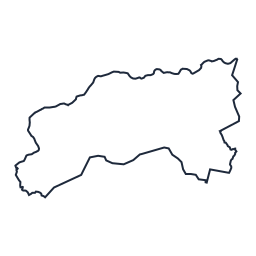 Bla, Ségou, Mali
{"feature_id": "8926073B53903332689390", "entity_name": "Bla", "entity_type": "district", "adm_level": 2, "iso_a3": "MLI", "parent_name": "Mali", "parent_adm1": "Ségou", "projection": "mercator", "projection_center": [-5.818, 12.918], "detail": "fine", "context": "isolated", "style": "outline", "palette": "slate", "viewbox_px": 256, "rotation_deg": 0, "n_neighbors": 0, "source": "geoboundaries", "source_scale": "gbopen_adm2", "svg_char_len": 3874}
<svg xmlns="http://www.w3.org/2000/svg" viewBox="0 0 256 256"><path d="M45.1,197.3L54.0,187.5L81.2,174.9L83.0,171.2L89.9,157.4L98.1,155.8L104.6,156.8L106.2,160.4L112.4,163.2L123.7,164.3L133.3,160.1L139.9,154.4L141.4,154.1L149.7,151.7L164.2,147.5L168.7,148.4L172.3,154.7L177.9,158.5L181.5,162.1L183.1,169.3L185.8,174.0L190.9,174.0L195.8,174.8L198.7,179.3L205.6,180.2L205.6,182.3L206.7,182.6L210.1,169.4L228.2,172.7L229.1,172.8L229.3,172.4L230.3,170.3L231.3,167.9L231.2,166.3L230.4,165.2L230.0,164.3L230.8,160.7L231.5,159.5L232.5,158.9L233.3,156.4L234.3,155.6L235.2,153.9L235.1,152.9L235.8,152.1L236.4,151.4L235.3,150.0L235.2,148.6L234.5,148.7L233.6,149.1L232.6,149.1L232.0,149.6L231.6,149.7L231.4,149.8L230.5,149.5L229.8,147.3L227.8,146.1L227.5,145.1L225.8,142.7L224.5,142.5L224.2,140.9L223.6,140.1L222.6,137.1L221.7,134.9L220.4,132.8L220.2,131.9L220.6,131.4L220.1,131.0L238.9,121.1L239.2,116.6L235.0,106.8L233.4,100.1L240.6,93.5L237.4,90.2L237.2,86.1L238.0,82.1L232.1,75.2L234.0,69.4L237.4,58.8L237.6,58.7L236.8,58.8L235.7,58.7L234.8,59.3L234.4,59.6L230.4,63.1L229.1,63.5L227.9,63.8L225.8,63.3L224.4,62.7L222.8,61.3L221.8,59.8L220.9,59.0L219.8,58.9L219.5,58.9L218.5,58.8L217.5,59.4L216.7,59.9L216.2,60.0L214.8,60.6L214.3,60.8L213.8,61.0L211.7,61.4L211.2,61.0L210.4,60.8L208.8,60.3L208.4,60.3L208.2,60.3L206.3,61.0L206.1,61.1L205.0,61.6L204.6,61.7L204.3,61.9L203.7,62.4L202.8,63.3L201.6,64.6L201.0,65.0L201.3,65.6L201.4,66.0L201.1,67.9L199.1,70.1L194.8,72.6L193.6,73.3L193.3,73.5L192.4,73.7L191.2,72.9L190.5,71.4L189.6,70.4L187.1,69.1L186.6,69.0L186.3,69.0L185.2,68.9L183.1,68.8L182.8,68.7L182.7,68.7L181.3,69.5L181.0,69.6L180.8,69.9L180.5,70.3L179.7,71.8L178.4,73.8L177.6,73.9L176.1,74.0L174.6,73.9L174.0,73.8L171.7,73.1L170.0,72.3L168.0,72.3L167.4,72.2L166.5,72.3L163.7,72.9L161.2,70.9L160.7,70.1L160.5,69.9L160.1,69.7L159.6,69.5L159.4,69.4L157.1,69.1L156.9,69.1L156.6,69.1L155.8,69.5L155.6,69.7L155.1,70.0L154.8,70.3L154.2,71.2L153.8,73.3L153.1,74.1L152.2,74.5L150.7,75.1L150.1,75.1L148.0,75.1L145.4,75.8L144.8,76.5L143.9,77.7L141.6,78.6L140.9,78.4L140.5,78.2L140.0,77.6L139.2,77.4L138.5,77.7L137.4,78.1L135.5,78.7L133.1,78.5L131.1,77.5L129.7,76.2L127.7,73.3L125.9,72.9L123.5,72.5L120.2,72.7L118.7,71.9L113.8,71.6L112.0,72.3L111.8,72.4L108.4,74.1L105.7,74.9L102.5,75.8L101.3,76.2L100.8,76.3L98.1,75.9L96.5,76.7L96.2,76.9L95.1,77.9L94.3,79.3L93.2,82.5L91.7,84.3L90.6,85.6L89.7,86.5L88.2,88.6L88.0,89.1L86.8,90.9L86.1,92.0L84.1,94.7L83.1,94.9L82.9,95.0L82.1,95.2L81.5,95.3L80.3,95.4L77.7,96.2L77.3,96.3L76.9,96.5L76.6,96.6L76.0,98.5L75.9,99.3L72.2,102.8L70.3,103.8L68.9,104.5L68.1,105.2L67.5,104.7L66.8,104.6L66.3,104.5L64.1,103.5L63.0,103.6L62.0,103.8L60.3,104.0L59.1,104.7L56.5,106.1L56.0,106.4L55.3,106.6L54.6,106.8L53.5,106.9L53.0,107.0L49.8,107.5L44.6,107.5L43.9,107.9L43.1,108.5L41.6,109.1L41.0,109.6L40.8,109.8L40.0,110.0L39.2,110.5L36.4,112.0L35.8,112.2L35.2,112.4L34.9,112.8L34.7,113.1L34.4,113.1L29.6,117.6L29.5,119.0L29.6,120.7L29.8,122.4L29.6,124.5L29.5,125.8L28.6,128.2L28.0,129.6L28.0,129.9L28.0,130.1L28.1,130.7L28.2,130.8L31.2,135.5L31.3,135.8L32.8,136.8L33.2,137.1L34.3,138.8L34.6,139.7L35.8,142.7L36.5,143.7L38.1,146.0L38.7,147.6L39.0,148.5L38.8,149.9L38.0,150.9L37.4,151.2L36.8,151.4L36.5,151.7L33.9,152.7L33.5,153.0L32.2,153.9L32.1,154.0L31.8,154.2L31.3,154.3L28.5,154.7L26.7,155.4L26.5,155.5L26.4,155.6L24.7,159.5L23.8,161.0L22.6,161.4L21.5,161.7L19.4,162.4L15.4,165.6L15.4,165.8L15.6,166.2L15.9,167.0L16.3,168.0L16.7,167.8L17.1,167.8L17.7,168.6L17.1,169.3L16.4,170.0L16.9,171.7L15.8,174.9L16.5,176.1L18.9,180.1L20.4,182.0L20.2,185.3L20.3,186.4L20.5,187.3L21.6,187.3L22.3,186.9L22.8,187.1L22.6,188.1L22.3,188.9L22.0,189.7L22.4,190.0L23.1,190.5L25.1,190.5L26.1,190.8L27.8,192.4L29.0,195.0L31.0,193.9L32.3,192.8L35.0,192.8L35.9,191.6L38.3,191.9L40.1,192.7L41.2,193.6L41.6,195.5L43.6,196.1L45.1,197.3Z" fill="none" stroke="#1e293b" stroke-width="2"/></svg>